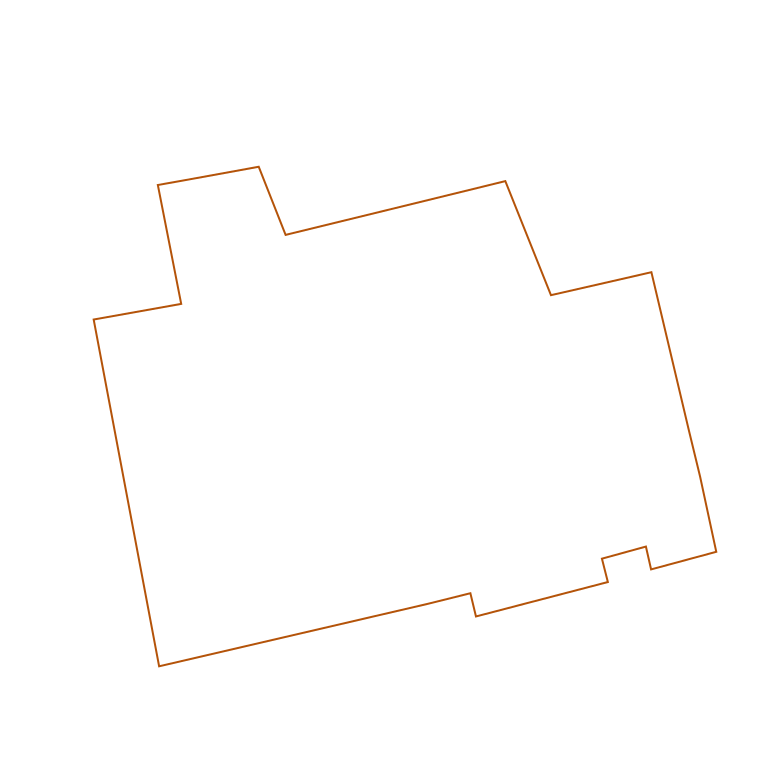 Morrow, Ohio, United States of America, rotated 76°
{"feature_id": "52423323B2612836546555", "entity_name": "Morrow", "entity_type": "district", "adm_level": 2, "iso_a3": "USA", "parent_name": "United States of America", "parent_adm1": "Ohio", "projection": "natural_earth1", "projection_center": [-82.803, 40.529], "detail": "fine", "context": "isolated", "style": "outline", "palette": "amber", "viewbox_px": 768, "rotation_deg": 76, "n_neighbors": 0, "source": "geoboundaries", "source_scale": "gbopen_adm2", "svg_char_len": 450}
<svg xmlns="http://www.w3.org/2000/svg" viewBox="0 0 768 768"><g transform="rotate(76 384 384)"><path d="M137.8,532.1L136.2,555.3L257.2,561.4L251.2,650.1L481.0,663.4L603.5,670.5L607.9,394.3L607.9,350.8L631.8,351.0L630.3,214.7L606.2,214.8L605.1,169.2L628.5,169.7L627.2,102.2L550.3,99.7L503.0,99.4L340.2,97.5L340.0,109.1L338.2,200.5L216.5,217.2L216.0,338.4L215.5,443.4L142.9,453.0L137.8,532.1Z" fill="none" stroke="#b45309" stroke-width="2"/></g></svg>